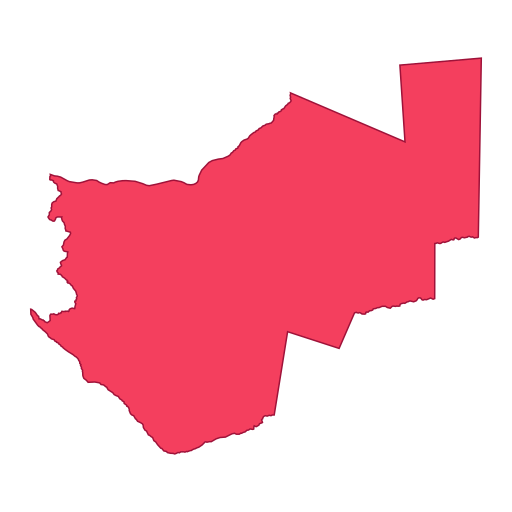 the district of San Carlos, Mendoza, Argentina
{"feature_id": "61730980B94822321270328", "entity_name": "San Carlos", "entity_type": "district", "adm_level": 2, "iso_a3": "ARG", "parent_name": "Argentina", "parent_adm1": "Mendoza", "projection": "albers", "projection_center": [-69.724, -34.081], "detail": "fine", "context": "isolated", "style": "filled", "palette": "rose", "viewbox_px": 512, "rotation_deg": 0, "n_neighbors": 0, "source": "geoboundaries", "source_scale": "gbopen_adm2", "svg_char_len": 5908}
<svg xmlns="http://www.w3.org/2000/svg" viewBox="0 0 512 512"><path d="M481.3,58.1L399.9,65.1L405.0,141.9L290.5,92.9L290.7,93.9L290.1,95.2L290.6,97.2L290.2,98.5L291.1,100.7L290.7,101.6L289.4,102.9L288.3,103.2L287.6,104.4L285.6,105.9L283.7,108.8L283.1,108.8L281.4,109.8L281.5,110.5L280.3,111.5L279.0,111.8L278.1,113.0L277.3,113.1L277.1,114.0L275.7,113.9L275.1,114.2L274.0,115.6L274.2,116.9L273.8,118.5L273.6,120.3L272.0,122.2L270.9,123.2L270.1,123.2L269.0,123.7L266.2,124.2L265.1,125.2L262.8,126.0L260.9,127.9L259.2,128.5L258.0,130.1L256.3,130.8L255.8,131.2L255.5,131.9L253.7,132.6L251.1,134.6L249.7,135.9L248.3,138.2L247.2,139.0L244.0,140.1L241.9,141.6L240.9,142.6L239.3,145.7L237.9,146.9L238.0,147.6L237.7,148.2L235.9,148.8L235.3,150.0L233.8,150.7L232.4,152.5L231.3,153.0L230.1,154.9L228.2,156.2L222.9,158.5L218.3,159.1L212.3,160.6L208.8,162.5L201.7,170.1L199.2,175.3L198.7,176.9L198.4,179.9L197.6,181.9L195.9,183.4L193.7,184.4L190.9,184.8L186.9,184.4L183.9,182.7L181.2,181.6L173.9,180.2L171.6,180.5L156.6,184.2L149.3,185.7L146.5,185.3L142.8,183.7L135.1,181.3L126.0,180.6L122.6,180.7L118.0,181.3L115.3,182.1L113.7,182.9L110.2,182.7L107.2,184.6L105.0,184.5L101.7,183.3L99.1,182.1L96.7,180.5L92.2,179.8L89.3,180.0L82.8,182.1L79.4,182.9L77.2,182.9L69.3,181.6L67.2,180.7L60.7,177.1L57.4,176.2L54.5,175.9L50.3,174.4L50.5,176.0L49.9,176.6L49.8,179.6L50.4,180.0L51.2,179.9L53.4,180.7L53.3,181.2L53.8,182.3L55.1,183.3L56.7,183.9L57.7,186.4L57.6,188.2L58.2,190.5L59.2,190.8L61.1,191.9L61.1,193.0L61.5,194.0L61.2,194.6L60.1,195.7L59.5,195.9L59.1,196.5L56.8,198.7L55.9,201.1L54.0,201.6L52.3,202.8L51.7,204.3L51.7,206.9L51.1,208.0L51.6,209.5L50.9,211.0L49.3,212.5L49.3,214.9L48.0,216.9L48.2,217.5L49.4,219.2L50.1,219.8L51.2,220.0L52.6,221.0L54.0,221.2L54.6,220.8L55.6,218.9L55.7,218.0L56.8,217.2L57.7,216.9L61.8,217.0L61.5,217.7L62.0,219.8L62.5,221.0L64.1,222.7L64.5,224.5L65.3,226.1L65.2,228.7L65.8,229.9L65.8,230.9L70.4,232.2L70.6,233.6L69.6,235.5L66.9,239.0L64.9,240.2L64.0,242.0L63.4,245.1L61.9,246.8L62.9,248.8L63.1,249.9L63.7,250.8L64.7,251.3L67.8,251.9L67.4,253.6L67.3,257.1L66.6,257.5L65.1,259.7L62.5,260.6L60.4,262.3L60.8,263.9L61.5,265.1L61.5,265.9L60.2,266.8L59.7,267.7L57.7,269.0L57.5,270.0L56.8,270.9L57.3,272.1L58.1,272.7L58.1,274.1L60.5,274.3L62.2,276.2L62.3,276.7L64.6,278.1L66.3,279.9L66.9,280.1L67.4,281.2L67.7,281.3L67.1,282.0L67.8,283.0L68.9,283.1L70.0,283.7L71.4,285.5L72.3,285.9L73.4,288.4L75.8,291.2L75.9,291.9L76.4,293.0L76.4,293.9L77.2,295.4L77.2,296.4L76.4,297.5L76.7,298.9L76.1,299.5L76.0,300.8L74.8,301.2L75.0,302.6L75.8,303.6L74.9,307.0L75.0,307.9L74.5,308.2L74.5,308.6L72.1,308.1L70.1,308.8L69.2,309.7L69.0,311.0L68.5,311.5L67.7,311.1L66.9,311.3L65.8,311.1L65.4,311.5L64.8,311.3L64.0,311.6L61.9,311.3L61.1,312.9L60.4,312.9L59.8,313.6L58.6,313.3L58.3,314.2L57.1,314.8L55.2,314.6L53.8,313.8L53.3,314.1L50.6,314.2L49.9,315.6L50.2,320.5L48.8,321.7L47.2,322.7L44.8,321.7L44.4,320.9L43.7,320.6L43.2,320.0L42.7,320.1L40.1,318.8L39.1,318.9L38.6,316.3L37.5,315.6L35.3,312.4L31.6,309.4L30.7,309.2L30.9,314.3L32.8,317.5L33.2,319.1L37.5,325.0L38.9,326.5L39.8,326.7L40.3,327.5L42.1,328.8L42.4,329.5L45.2,331.7L47.5,334.0L48.3,336.2L49.4,337.4L50.3,337.7L51.3,338.8L54.2,339.7L54.7,340.8L55.2,341.3L56.5,341.6L56.6,342.3L58.7,343.2L58.9,344.1L60.5,345.0L61.0,346.1L62.7,347.1L63.0,347.7L65.2,349.5L68.6,351.9L73.0,354.6L75.4,356.6L76.1,356.8L78.0,358.7L78.8,360.5L79.7,361.7L79.8,363.4L80.9,364.6L80.5,365.3L81.5,367.4L81.4,368.5L82.6,370.2L82.4,371.4L82.7,372.3L82.8,375.2L83.1,376.5L83.9,378.4L86.4,380.3L88.1,382.3L94.8,382.0L99.7,382.9L101.0,384.5L103.6,384.9L105.7,386.7L106.9,387.3L107.1,388.0L108.1,389.7L112.8,392.7L114.2,394.6L116.3,395.7L118.3,396.4L119.8,398.8L121.8,400.0L122.2,400.8L124.0,401.8L124.2,403.5L126.0,404.7L126.8,405.5L126.8,406.2L127.8,406.6L128.6,407.5L129.3,409.5L129.2,410.5L130.5,413.7L131.9,415.0L133.7,415.7L135.5,418.9L136.2,419.2L137.6,421.3L140.3,422.5L142.4,423.8L143.1,425.0L143.4,427.5L144.1,428.7L145.0,430.2L146.5,431.0L148.4,434.9L149.7,435.4L151.2,436.7L152.6,437.5L153.9,440.7L155.7,441.9L157.6,444.7L160.8,448.2L161.9,448.5L163.8,450.9L166.5,451.5L167.4,452.6L170.7,453.3L173.4,453.4L174.3,453.9L175.6,453.7L178.0,452.5L179.4,452.8L180.8,451.8L182.3,451.9L182.9,451.7L184.9,452.1L186.8,451.4L187.3,451.7L190.2,450.6L191.1,450.6L193.4,449.2L195.3,448.7L196.7,447.9L198.8,447.2L202.2,444.9L205.0,442.0L205.8,441.8L206.9,442.2L209.7,441.6L211.2,441.7L216.2,438.8L220.1,437.5L225.4,437.1L232.0,433.8L234.5,433.3L236.4,434.2L239.3,434.2L240.8,433.2L241.6,433.3L243.0,432.5L245.3,431.8L246.8,430.3L248.7,430.0L249.6,429.2L250.3,429.0L252.8,429.4L253.7,429.1L253.9,426.7L254.2,425.8L255.6,426.5L256.4,426.6L258.9,425.1L259.5,423.7L262.0,422.8L262.5,422.4L261.6,419.8L261.9,419.3L262.6,418.9L262.8,418.0L263.4,416.8L264.4,416.0L265.4,415.7L267.2,416.1L269.2,415.3L271.0,415.7L272.2,415.0L274.2,415.0L287.6,331.7L339.1,348.4L354.5,312.9L356.3,312.3L357.1,312.8L358.5,313.0L359.3,312.6L360.3,312.8L362.0,314.0L364.9,314.1L365.7,313.7L365.8,312.5L366.2,312.1L368.2,312.1L369.6,310.7L371.0,310.7L372.7,310.0L373.3,308.8L375.6,308.5L377.3,307.7L379.1,307.6L382.1,306.3L385.5,306.3L387.3,307.5L390.3,308.2L392.2,306.3L393.3,306.1L395.7,306.4L396.4,306.1L398.6,306.2L399.8,306.0L400.1,304.3L401.4,303.6L403.6,303.1L404.9,303.3L407.1,301.9L408.0,301.8L409.9,300.9L413.7,301.8L416.2,300.8L417.3,299.5L417.7,298.5L418.8,297.8L420.2,297.9L420.8,298.2L421.9,299.7L423.0,300.1L424.6,299.5L426.6,299.7L430.6,298.0L433.1,299.2L434.7,298.6L434.8,243.5L435.9,243.4L437.2,242.8L439.6,243.5L440.7,243.4L442.5,242.2L443.5,242.0L444.7,242.4L448.6,241.1L451.2,239.4L453.3,239.9L454.0,239.6L454.0,238.9L454.3,238.4L455.0,238.0L455.9,238.0L458.7,239.6L460.1,239.0L461.4,237.5L462.7,237.3L464.3,237.8L467.5,237.1L467.8,236.6L469.3,236.3L470.7,237.0L471.8,237.1L472.5,236.8L474.4,238.0L476.1,237.5L477.1,237.7L478.3,237.1L481.3,58.1Z" fill="#f43f5e" stroke="#9f1239" stroke-width="1.5"/></svg>